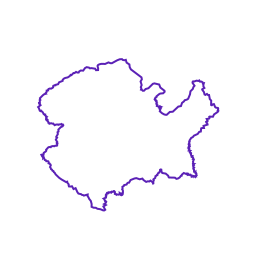 the district of Soi Dao, Chanthaburi, Thailand, rotated 154°
{"feature_id": "78962969B71557227555667", "entity_name": "Soi Dao", "entity_type": "district", "adm_level": 2, "iso_a3": "THA", "parent_name": "Thailand", "parent_adm1": "Chanthaburi", "projection": "mercator", "projection_center": [102.227, 13.187], "detail": "fine", "context": "isolated", "style": "outline", "palette": "violet", "viewbox_px": 256, "rotation_deg": 154, "n_neighbors": 0, "source": "geoboundaries", "source_scale": "gbopen_adm2", "svg_char_len": 5744}
<svg xmlns="http://www.w3.org/2000/svg" viewBox="0 0 256 256"><g transform="rotate(154 128 128)"><path d="M49.0,141.4L49.7,141.1L50.2,140.3L49.7,136.8L51.3,136.1L52.6,134.7L55.8,133.6L57.5,131.1L61.1,127.9L62.7,127.7L64.9,128.1L66.0,127.4L68.4,126.9L70.8,124.5L73.4,125.2L80.6,123.0L83.4,124.1L87.4,122.9L88.4,123.4L89.5,124.3L90.9,126.3L92.1,129.1L91.1,130.1L91.2,130.8L90.3,131.1L90.8,131.9L89.5,132.2L90.4,132.7L89.7,133.0L90.1,133.3L90.0,133.7L91.2,133.9L92.4,135.1L91.6,135.9L92.0,136.4L91.9,137.4L91.0,137.8L91.2,138.5L90.4,139.6L90.5,140.0L91.1,140.2L90.9,141.2L91.3,141.0L91.5,142.1L90.0,143.3L88.7,143.4L88.4,144.0L85.1,144.8L83.9,144.8L81.2,143.8L79.2,144.5L78.9,145.5L81.2,150.2L80.9,153.4L84.7,156.5L86.3,156.8L92.2,154.8L95.1,155.3L97.3,154.5L98.4,155.0L98.8,156.3L99.5,156.8L98.6,157.8L98.6,159.1L96.9,160.6L96.3,164.3L94.2,165.7L93.7,167.6L99.7,179.4L99.8,181.9L98.9,184.5L100.6,187.4L100.1,190.2L101.4,190.4L102.8,191.4L103.2,192.5L105.3,193.4L108.1,193.6L114.0,193.3L115.3,193.9L116.8,195.5L120.4,195.6L124.0,197.4L125.9,197.8L127.4,197.7L128.2,197.1L128.7,194.7L129.5,193.2L131.4,194.0L131.5,195.7L134.7,197.9L136.1,198.3L136.6,199.4L138.5,200.8L140.4,200.7L143.1,199.2L145.3,200.4L147.1,200.2L148.0,199.5L149.3,200.1L150.1,201.2L152.0,200.8L152.9,201.3L155.7,200.3L156.3,200.9L157.6,200.2L160.0,199.9L162.5,200.5L163.9,200.5L165.5,200.0L166.1,199.0L169.9,199.3L171.6,198.0L174.4,198.6L174.6,198.2L176.4,198.7L176.9,198.5L177.5,197.3L178.7,197.1L180.0,197.1L180.8,197.7L182.3,197.9L183.0,197.5L183.3,196.8L184.7,197.3L185.3,196.1L187.1,195.3L186.9,194.8L188.4,195.1L190.0,194.8L194.1,193.4L194.5,191.7L195.1,191.8L196.2,189.2L197.0,189.5L197.2,188.9L196.6,186.9L199.6,186.2L199.4,185.1L199.7,182.3L199.1,182.0L199.4,181.8L199.2,181.4L198.3,181.0L197.7,179.4L197.7,177.5L196.6,176.5L197.1,176.1L196.6,175.0L196.7,174.4L196.4,174.2L196.6,173.7L196.3,173.5L196.7,173.3L196.9,172.6L197.3,172.7L197.8,171.8L196.7,170.6L197.0,170.1L197.5,170.1L196.9,168.8L197.3,167.6L196.8,167.2L196.8,166.3L195.0,166.0L193.9,164.9L193.3,164.8L192.7,162.7L191.0,162.6L189.3,161.8L189.2,161.4L187.3,161.1L186.5,160.4L186.0,160.6L185.8,160.0L185.0,159.7L184.9,158.9L186.0,158.2L188.1,158.2L191.3,157.1L192.0,155.3L193.2,155.1L193.7,153.3L196.4,151.5L196.5,150.8L196.1,150.4L198.0,149.1L197.7,146.4L198.2,146.1L198.2,145.4L198.7,145.5L198.9,144.0L199.4,143.3L200.4,143.5L201.1,144.0L202.2,143.9L203.4,144.7L205.1,145.1L205.8,144.6L207.2,145.5L208.3,145.5L211.2,144.3L211.4,143.4L212.1,143.0L214.6,142.6L215.7,140.9L216.3,140.9L217.0,141.3L217.0,141.8L217.6,141.9L217.6,140.3L217.4,139.3L216.8,139.0L217.2,138.4L216.6,138.6L216.8,135.7L216.0,135.1L216.0,134.0L214.4,133.2L214.2,132.8L214.4,131.5L214.8,131.1L214.1,130.5L214.2,130.1L213.7,129.4L213.7,128.4L215.2,127.1L215.0,126.5L215.2,124.7L214.6,123.9L214.6,122.6L213.9,122.0L214.0,120.8L213.5,119.9L213.4,118.1L211.7,113.4L210.3,110.9L207.4,106.6L206.2,106.4L206.5,105.5L206.0,103.3L206.5,102.5L206.7,101.4L205.4,100.6L203.9,100.2L203.7,97.0L201.5,96.9L201.6,92.5L201.3,90.8L199.1,89.0L198.8,88.2L197.5,87.1L197.3,86.6L193.4,85.9L194.2,84.4L193.9,82.9L194.0,81.4L193.4,78.8L194.0,75.6L195.3,73.1L193.8,71.4L191.9,70.4L190.9,68.8L188.4,67.1L186.4,64.8L185.3,64.3L184.3,64.5L184.5,68.3L181.7,68.5L182.8,70.1L181.1,70.3L179.9,71.2L180.2,72.3L180.7,72.4L180.5,74.6L180.8,75.2L178.3,75.1L177.9,75.7L178.1,75.9L177.6,76.3L177.7,76.7L176.9,77.1L177.0,77.8L176.2,78.2L175.6,78.1L175.2,78.9L174.0,78.7L173.9,78.2L173.2,78.6L172.5,77.9L171.8,78.0L171.3,77.3L170.5,77.9L169.6,77.2L168.6,77.6L168.1,77.4L167.8,76.2L168.7,74.5L167.8,73.9L167.7,73.1L167.1,73.2L165.9,72.3L164.9,72.3L164.1,72.6L163.9,73.2L163.2,72.0L164.0,71.2L163.5,70.5L162.5,70.4L161.9,70.7L161.7,71.9L161.1,71.8L160.6,72.7L160.0,74.1L160.1,75.5L159.5,75.8L158.8,77.6L157.0,77.8L156.4,78.4L154.1,77.8L152.8,78.7L151.9,78.8L151.0,78.4L148.5,80.1L144.4,79.8L142.5,79.3L140.0,76.8L137.2,76.2L136.9,74.5L135.3,71.6L133.5,71.4L132.3,70.6L130.9,70.9L129.7,68.6L129.8,67.1L129.5,67.1L128.7,68.9L127.8,69.6L127.7,70.7L125.4,71.2L124.4,72.7L123.5,72.6L122.8,73.1L122.2,72.8L121.5,73.7L120.1,74.5L119.4,74.2L118.3,75.0L117.5,76.4L116.7,76.4L116.3,76.0L117.0,74.2L116.9,72.5L114.1,70.5L112.8,67.5L113.0,66.1L112.8,65.5L107.6,62.8L106.8,61.1L105.3,60.7L103.2,60.9L101.3,61.9L100.7,61.6L99.9,62.5L97.6,63.1L95.9,61.2L95.5,61.4L95.2,60.9L94.6,60.9L94.8,60.2L94.4,60.3L94.4,59.7L93.8,59.8L93.6,59.0L92.4,58.7L92.5,58.0L91.6,57.5L92.0,56.5L91.3,56.6L91.0,55.9L90.7,56.3L89.9,56.1L89.4,55.1L89.0,55.2L88.9,54.8L88.6,55.1L88.0,54.7L87.8,55.4L87.0,55.5L87.0,56.2L86.6,56.9L86.9,57.3L86.7,57.6L87.1,57.8L86.5,59.1L86.9,59.0L87.8,59.7L86.8,62.0L87.2,62.7L86.9,63.3L85.9,63.6L86.3,64.6L85.9,65.9L85.1,65.8L85.1,66.5L84.5,66.7L85.1,67.0L85.3,67.5L84.4,68.6L84.3,69.3L82.7,70.8L83.3,71.6L82.6,72.0L82.5,73.6L82.7,73.9L83.0,73.6L83.3,73.9L82.5,74.6L83.3,74.9L83.1,76.7L82.7,77.0L82.9,77.9L82.4,77.7L82.3,77.9L83.0,79.3L82.9,80.1L82.2,80.3L83.0,80.9L82.3,81.1L82.6,82.3L82.0,82.7L82.5,83.6L81.6,83.8L81.6,84.7L81.3,85.0L80.6,84.7L80.6,85.9L80.1,85.6L79.7,86.4L80.0,87.4L79.4,87.8L79.2,88.7L78.5,88.8L78.2,89.8L75.5,91.4L73.8,91.4L72.1,92.2L68.0,92.1L65.7,93.3L64.1,92.9L62.4,95.6L61.4,95.5L59.7,94.7L59.2,96.8L55.0,96.2L54.7,97.6L55.2,98.4L55.1,99.3L53.3,99.5L53.3,101.6L51.1,100.9L50.3,101.3L50.1,102.4L49.7,102.5L46.7,100.9L44.7,102.5L40.4,103.1L39.4,103.7L39.8,104.3L38.5,105.6L38.4,106.6L40.0,107.7L40.5,108.6L40.3,111.8L41.1,112.1L42.7,111.7L43.2,112.3L41.2,116.2L41.8,118.1L40.7,122.1L41.6,122.5L42.1,124.0L43.9,123.8L44.5,124.6L44.0,127.0L44.5,130.0L44.3,130.3L41.8,130.5L42.0,132.3L41.3,133.8L40.2,135.0L41.2,135.3L40.9,136.3L41.6,137.5L43.0,138.1L43.1,139.5L44.1,139.4L45.6,140.5L48.2,140.8L49.0,141.4Z" fill="none" stroke="#5b21b6" stroke-width="2"/></g></svg>